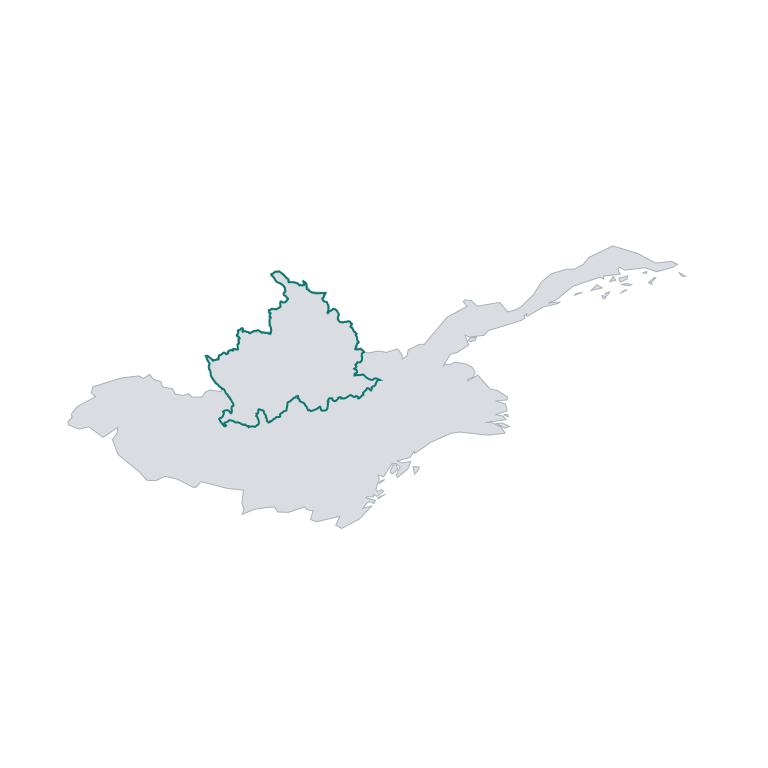 location of Shan within Myanmar, rotated 258°
{"feature_id": "MMR-3277", "entity_name": "Shan", "entity_type": "State", "adm_level": 1, "iso_a3": "MMR", "parent_name": "Myanmar", "parent_adm1": "", "projection": "robinson", "projection_center": [97.631, 21.717], "detail": "fine", "context": "in_parent", "style": "outline", "palette": "teal", "viewbox_px": 768, "rotation_deg": 258, "n_neighbors": 0, "source": "natural_earth", "source_scale": "10m", "svg_char_len": 9823}
<svg xmlns="http://www.w3.org/2000/svg" viewBox="0 0 768 768"><g transform="rotate(258 384 384)"><path d="M485.7,345.8L478.9,342.1L473.9,345.5L466.1,344.2L467.0,351.4L462.6,353.9L454.8,353.2L450.2,364.3L434.0,367.1L423.5,365.1L417.7,374.9L417.3,386.2L414.4,392.9L415.6,404.6L408.7,407.7L404.5,407.0L406.8,412.4L412.2,414.8L415.4,426.9L414.4,431.6L436.2,459.6L442.8,481.5L448.0,478.6L449.5,480.8L447.5,486.6L440.8,491.1L439.7,514.3L428.8,519.9L429.2,527.7L430.5,533.2L440.2,548.6L451.0,559.2L457.1,570.6L458.3,587.0L456.7,593.9L459.6,603.8L465.1,610.4L471.5,636.5L458.8,659.5L445.9,674.6L444.2,690.7L440.1,695.9L438.1,690.9L437.1,674.1L443.4,663.5L445.4,642.9L449.4,638.6L447.2,636.5L442.2,637.9L444.0,621.3L441.1,620.7L443.5,617.2L440.4,589.4L430.5,570.0L429.1,561.6L427.6,572.9L426.5,570.7L426.2,555.4L420.5,538.7L421.1,537.2L423.7,538.7L421.3,534.9L419.3,535.7L417.6,531.6L414.5,497.0L410.8,492.1L412.2,477.2L415.0,473.4L404.6,475.0L399.7,462.4L399.4,455.5L389.0,445.1L390.8,448.3L389.0,451.8L390.7,457.7L386.5,468.6L382.2,473.6L376.5,475.6L372.1,472.5L371.1,466.7L369.3,466.6L373.3,477.6L356.6,487.0L354.1,493.6L345.5,502.2L342.9,501.1L344.2,489.5L339.2,498.7L332.2,499.0L330.8,486.6L327.9,493.8L323.8,496.0L325.2,475.4L324.0,481.3L317.3,489.6L310.8,492.2L312.3,475.2L321.2,448.2L321.9,439.3L317.3,417.8L309.7,399.7L311.9,399.4L306.7,394.2L306.1,380.8L303.0,385.6L302.6,394.0L296.0,389.7L289.8,378.0L292.3,376.9L299.6,382.5L303.6,379.4L304.7,375.6L293.3,364.2L296.2,359.5L292.5,359.6L282.7,354.2L280.0,355.2L281.2,360.0L279.1,361.4L275.4,354.0L278.2,350.4L275.8,350.2L277.4,343.7L276.5,342.7L271.9,351.4L269.2,349.3L272.2,345.0L271.0,342.4L266.9,337.3L267.2,346.5L257.2,332.1L251.5,312.5L256.0,307.5L263.8,313.3L263.3,289.2L266.7,284.0L274.8,288.3L277.1,282.2L280.3,280.6L278.3,264.0L280.9,253.3L286.4,251.5L287.7,242.8L288.4,231.1L285.9,218.1L290.8,221.2L296.4,220.1L309.4,224.5L314.3,209.4L326.6,184.6L322.1,178.9L322.9,175.4L333.7,162.4L339.2,150.8L336.9,140.4L339.2,131.9L349.0,126.4L370.3,109.2L386.0,106.8L392.4,113.6L396.8,114.2L390.2,98.2L403.6,86.2L403.2,76.7L409.5,66.7L413.0,67.1L416.2,71.9L419.6,71.9L425.7,79.2L431.6,99.4L436.0,95.8L441.8,98.6L444.5,128.4L442.9,145.7L439.4,149.7L442.1,156.8L436.5,159.4L432.7,166.3L427.1,166.8L423.3,176.3L417.7,177.7L414.6,185.1L415.3,190.7L410.8,193.9L409.2,203.6L413.2,207.4L414.4,212.5L410.2,223.3L413.8,223.8L429.2,216.5L440.1,217.9L447.5,216.2L442.8,223.5L447.4,233.1L448.4,247.9L464.7,252.0L467.3,255.8L463.7,260.3L458.1,284.1L479.5,287.5L480.2,296.6L484.8,300.0L485.4,305.1L488.3,306.7L499.8,306.4L506.6,300.2L515.2,297.4L515.8,302.7L513.8,306.5L504.3,311.8L497.9,322.8L497.5,325.2L500.4,327.3L489.4,331.7L485.7,345.8ZM296.4,371.6L303.2,376.0L301.9,379.3L297.5,379.5L294.3,373.7L296.4,371.6ZM432.5,605.9L436.9,612.9L432.6,617.6L432.5,605.9ZM295.5,401.4L291.9,398.8L289.5,395.1L297.1,395.2L295.5,401.4ZM438.8,635.7L439.0,644.7L436.2,643.8L434.4,636.1L438.8,635.7ZM321.0,492.1L316.4,497.9L315.7,493.0L322.1,485.8L321.0,492.1ZM410.5,484.2L407.7,482.4L407.4,477.1L409.5,475.6L411.2,478.2L410.5,484.2ZM429.8,646.8L429.2,643.8L432.1,636.4L431.7,642.8L429.8,646.8ZM428.2,663.7L432.0,670.6L431.3,671.9L427.9,666.6L425.6,666.9L428.2,663.7ZM441.4,630.5L437.4,632.4L437.1,626.1L441.4,630.5ZM431.9,695.4L426.8,701.3L427.4,698.0L431.9,695.4ZM274.1,355.0L276.0,362.4L272.8,353.6L274.1,355.0ZM432.6,591.6L432.4,597.2L431.1,588.1L432.6,591.6ZM289.8,360.2L290.4,364.9L287.5,358.2L289.8,360.2ZM427.3,623.9L424.3,621.1L425.3,619.1L426.8,619.5L427.3,623.9ZM425.2,615.7L423.3,619.5L421.4,617.2L422.9,615.6L425.2,615.7ZM425.6,638.1L425.7,641.4L423.5,633.8L425.6,638.1ZM328.1,498.9L326.0,498.8L328.8,495.1L329.1,496.5L328.1,498.9ZM439.4,664.4L437.5,663.8L439.0,660.1L439.4,664.4Z" fill="#d9dde1" stroke="#a8b0b8" stroke-width="1"/><path d="M482.0,343.5L481.1,342.6L480.9,342.0L480.4,341.4L478.5,341.7L477.3,342.4L476.3,344.7L475.8,345.2L473.5,345.5L471.8,346.1L470.8,345.6L469.7,345.6L467.4,344.8L465.6,343.5L465.0,343.8L466.4,345.6L467.0,348.2L467.9,349.3L468.1,349.9L467.7,351.3L465.7,353.1L461.3,354.4L459.6,353.1L457.9,352.4L456.1,352.5L454.8,353.1L453.7,354.0L453.1,355.2L452.8,357.5L453.0,358.8L452.6,359.7L452.9,361.8L452.7,362.6L451.9,363.8L450.7,364.3L449.7,365.1L449.2,365.2L448.3,363.9L446.9,363.1L445.2,364.6L441.5,365.5L440.8,366.5L439.3,367.0L438.8,367.6L437.5,366.5L436.1,367.2L432.2,367.1L430.1,368.0L429.6,367.6L429.4,366.2L428.2,365.7L426.4,364.1L425.2,364.1L424.4,363.1L423.8,363.3L423.6,363.7L423.2,366.0L423.5,367.8L423.3,368.8L422.5,369.0L421.5,370.1L419.7,371.1L419.2,371.2L418.7,369.0L418.3,368.6L417.1,368.4L415.9,367.8L415.0,368.3L411.6,367.2L410.9,366.1L410.1,365.3L410.8,362.4L409.9,361.9L408.9,360.0L408.4,360.0L407.5,360.6L406.7,360.6L405.1,358.6L405.1,358.1L404.4,358.4L403.6,360.0L401.3,360.2L400.5,359.5L400.2,357.5L399.3,357.0L398.5,356.9L398.2,360.6L397.8,361.1L397.7,364.7L397.5,365.8L394.3,367.9L392.7,369.4L391.7,370.7L391.0,371.9L390.4,373.6L391.3,375.8L391.3,376.8L390.6,378.5L388.8,380.8L389.0,379.2L388.3,377.7L385.9,375.9L384.7,375.4L383.8,373.7L384.0,372.8L383.3,371.2L381.9,371.1L380.4,370.2L380.5,369.6L382.2,368.8L382.6,368.1L383.3,367.5L383.5,366.9L383.3,366.5L382.3,365.7L380.7,363.4L379.8,361.7L379.0,361.5L378.1,361.7L377.4,361.4L377.3,360.0L375.7,357.7L375.1,356.3L375.2,355.8L375.8,355.9L376.2,355.6L376.8,355.9L377.3,355.4L378.1,354.1L377.6,353.5L377.4,352.0L380.1,349.2L380.1,348.6L378.4,344.1L378.1,342.1L378.3,341.0L378.8,340.3L378.7,339.2L379.7,339.2L380.2,338.8L380.2,336.5L380.1,336.3L379.6,336.4L378.9,335.8L378.2,334.4L377.6,333.8L377.4,333.4L377.7,332.6L377.5,331.9L379.0,330.4L380.8,330.4L380.9,328.8L381.4,328.1L381.4,327.6L380.7,326.5L379.9,326.4L379.0,325.4L378.1,326.0L376.7,324.9L375.7,325.0L371.7,323.4L370.4,322.2L370.3,320.5L370.8,319.2L370.7,317.9L371.2,317.4L372.6,316.8L373.4,317.0L374.6,317.0L375.1,316.7L374.6,315.1L373.9,314.0L373.0,310.2L372.6,306.8L374.1,305.7L373.8,305.1L374.1,304.2L377.7,303.6L379.9,302.4L381.3,302.2L382.5,301.1L383.9,299.0L384.9,298.1L385.2,297.9L385.9,298.2L387.3,297.6L388.0,296.6L389.1,297.4L390.0,297.5L390.3,297.2L389.9,295.0L389.2,294.4L389.1,292.7L388.2,291.5L387.6,290.1L386.7,288.9L386.1,286.2L385.8,285.8L385.3,285.5L383.6,285.2L378.4,283.0L378.2,282.7L378.3,280.8L377.8,279.6L377.0,278.8L376.7,277.0L376.0,276.0L373.7,275.7L373.5,274.9L374.0,271.8L373.6,271.0L372.9,270.5L372.8,269.0L371.2,266.5L371.2,264.9L370.7,264.9L370.6,264.0L370.2,263.2L372.2,261.8L374.5,262.1L376.2,261.4L376.9,261.9L378.1,261.8L380.2,260.6L382.0,260.8L382.9,260.5L383.6,259.8L383.8,258.9L385.3,256.6L385.0,255.8L384.2,255.4L382.5,255.2L381.5,254.5L381.5,253.1L380.5,253.3L379.3,252.3L378.4,253.1L374.4,253.8L371.9,253.6L370.5,252.7L370.2,252.3L370.4,251.8L370.1,251.0L369.0,249.5L368.9,248.7L369.9,247.1L370.0,245.0L370.3,243.9L369.9,242.5L370.3,242.4L370.8,242.8L371.1,242.7L371.3,242.3L371.2,241.7L371.6,241.1L372.6,240.0L373.3,239.7L373.0,238.6L373.6,238.0L373.7,237.1L375.9,234.8L377.0,232.6L377.2,230.9L377.9,229.9L379.0,229.2L380.7,225.5L380.6,224.7L379.9,223.8L379.4,222.0L379.2,220.0L378.6,219.5L377.7,219.6L376.3,220.9L375.7,220.3L375.6,219.8L376.0,218.9L381.6,216.1L384.1,215.5L384.8,216.3L384.8,217.9L385.7,219.4L388.8,221.5L390.3,220.7L390.7,221.2L391.1,222.8L391.2,224.6L390.5,226.3L389.8,226.9L387.2,228.1L387.3,228.8L390.1,229.8L391.1,229.6L393.5,230.3L393.7,230.5L393.8,231.6L394.0,232.3L396.5,232.4L398.7,231.4L400.3,231.2L401.3,230.4L402.7,230.4L403.2,229.7L403.7,229.8L404.7,228.8L406.0,228.8L407.5,227.6L411.8,226.5L412.5,226.0L412.7,225.4L412.6,224.8L414.1,224.2L416.2,222.1L417.6,221.7L419.8,219.5L426.1,216.9L428.3,216.3L432.7,216.9L434.6,216.0L435.7,215.9L437.7,216.2L440.1,217.7L441.8,216.9L443.0,216.7L444.0,216.2L447.0,215.9L448.4,215.4L448.6,216.4L448.1,217.5L444.0,220.7L442.4,221.4L442.3,221.6L442.8,222.5L442.5,223.6L442.7,226.6L442.5,227.2L443.1,227.6L445.8,228.2L446.3,228.5L446.5,230.8L448.1,233.6L447.9,234.3L446.4,235.4L445.9,236.2L446.5,238.0L446.8,238.2L447.9,238.0L448.4,238.5L449.1,240.5L449.1,241.8L448.9,242.5L448.1,243.0L448.1,243.3L449.3,243.4L449.7,244.2L448.3,247.1L448.2,248.3L453.2,248.9L453.5,250.0L454.0,250.6L454.6,250.9L456.2,250.8L458.1,251.1L458.3,252.1L458.7,252.4L460.8,251.4L461.6,250.1L462.2,250.0L462.7,250.3L463.6,251.6L464.2,252.0L466.4,252.1L466.9,252.4L466.8,254.0L468.1,256.1L468.2,256.9L467.5,257.5L466.6,257.4L465.0,256.5L464.5,256.7L464.6,259.2L463.5,260.7L463.0,262.0L461.5,263.1L461.5,263.9L462.9,267.7L462.9,268.4L462.5,270.3L463.0,271.6L462.6,272.3L460.8,274.4L459.6,275.0L459.4,275.5L459.7,276.0L459.6,276.8L458.9,277.9L458.3,280.1L457.3,281.5L457.1,282.1L457.6,282.7L456.7,283.2L457.4,283.9L459.9,284.9L463.2,285.1L465.4,284.2L466.9,284.9L468.3,284.8L471.1,285.5L472.0,286.8L472.6,287.1L473.2,286.3L473.8,286.0L476.0,287.2L476.6,287.8L477.2,287.5L477.4,286.6L478.0,286.5L480.2,286.9L480.0,287.8L480.9,289.7L480.6,291.0L479.6,293.5L479.5,294.3L480.1,296.0L480.5,297.9L480.8,298.5L481.8,299.1L484.4,299.2L485.5,299.5L486.2,300.2L486.2,300.7L485.4,301.1L484.8,302.1L484.5,303.2L484.6,304.5L484.8,305.2L485.8,306.1L486.8,307.6L487.5,307.9L489.2,306.7L490.5,306.0L491.6,304.6L492.0,304.4L493.3,304.5L493.7,304.8L494.6,305.6L495.0,306.7L495.4,307.0L496.6,306.8L498.8,307.0L500.3,306.5L502.7,304.9L504.3,303.1L505.4,301.2L506.5,300.1L507.8,299.4L511.2,298.3L513.8,296.4L514.9,296.6L515.2,298.8L515.8,299.4L516.4,300.8L516.3,301.3L516.5,301.7L516.0,303.1L516.2,304.3L516.1,304.8L511.6,308.7L508.4,310.4L507.1,311.8L506.0,312.3L505.3,312.4L504.3,311.8L503.4,311.9L502.3,317.1L500.5,320.6L498.1,321.6L498.5,322.8L497.7,323.6L497.3,325.7L497.3,326.4L497.8,326.8L500.4,326.3L501.3,326.5L499.7,328.2L497.9,329.0L493.4,328.2L492.8,328.3L491.8,329.8L490.6,330.2L488.3,332.8L488.1,333.8L487.2,335.4L486.5,337.9L485.7,343.3L485.1,344.2L485.1,345.7L483.8,344.8L483.2,343.8L482.0,343.5Z" fill="none" stroke="#0f766e" stroke-width="2"/></g></svg>